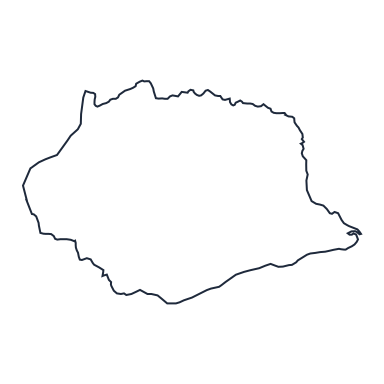 Tawau, Sabah, Malaysia
{"feature_id": "92858781B49280129644496", "entity_name": "Tawau", "entity_type": "district", "adm_level": 2, "iso_a3": "MYS", "parent_name": "Malaysia", "parent_adm1": "Sabah", "projection": "orthographic", "projection_center": [118.041, 4.434], "detail": "fine", "context": "isolated", "style": "outline", "palette": "slate", "viewbox_px": 384, "rotation_deg": 0, "n_neighbors": 0, "source": "geoboundaries", "source_scale": "gbopen_adm2", "svg_char_len": 3070}
<svg xmlns="http://www.w3.org/2000/svg" viewBox="0 0 384 384"><path d="M26.7,199.9L26.4,199.9L31.9,214.0L33.7,214.3L36.2,216.4L38.6,222.9L38.9,225.6L40.4,232.9L43.4,233.7L45.9,233.9L48.9,233.9L51.2,234.1L53.8,236.1L55.1,238.8L57.3,239.6L60.4,239.2L63.9,239.2L66.7,239.2L70.8,239.8L74.3,241.2L75.1,240.7L75.7,242.9L75.7,245.3L75.9,247.6L76.8,250.4L78.0,252.7L78.8,256.8L79.8,259.6L81.9,260.0L86.8,258.2L90.7,259.4L92.7,262.9L94.1,264.7L99.1,267.4L103.4,270.1L103.2,272.1L102.5,276.0L104.0,275.4L106.8,274.6L108.9,279.9L111.1,282.1L110.9,284.4L111.3,285.8L113.8,290.7L116.9,293.4L120.9,294.0L124.0,293.4L126.3,295.0L131.4,294.0L136.3,291.7L140.0,289.9L147.5,294.0L151.4,294.0L157.6,295.4L161.4,298.5L167.2,303.4L172.7,303.4L176.0,303.4L179.6,302.3L183.9,300.3L188.6,298.7L191.9,297.6L206.8,290.1L210.9,288.6L219.1,286.8L221.4,285.2L225.4,282.1L235.9,274.7L244.0,271.9L250.4,270.2L259.2,268.2L265.3,265.7L270.6,263.9L275.1,265.6L278.4,266.8L282.9,266.6L289.0,265.1L291.9,264.9L296.2,262.3L297.8,260.4L307.0,254.7L310.3,253.5L315.4,252.9L320.1,252.1L325.2,251.7L329.3,250.8L333.6,249.8L339.0,248.8L340.8,249.2L344.1,249.6L345.7,249.6L348.2,248.0L351.8,246.3L354.5,244.5L356.7,241.9L358.0,239.4L356.1,234.5L353.5,233.5L351.8,234.7L349.6,234.7L347.8,233.3L351.4,231.4L355.1,231.2L356.9,232.0L359.6,234.3L361.0,233.9L359.4,231.6L357.4,229.4L354.1,228.1L349.0,226.1L347.1,225.1L343.9,223.2L341.6,220.0L338.1,213.2L334.5,212.0L332.0,213.8L329.8,213.2L326.9,209.1L323.4,205.6L320.1,204.6L316.1,203.8L311.6,201.1L306.9,190.1L306.4,180.5L307.7,174.5L306.3,170.7L306.2,164.3L306.3,160.2L304.9,158.6L302.8,156.3L301.8,153.3L302.4,150.8L303.6,148.8L302.6,145.1L300.9,143.7L302.4,143.0L304.0,141.8L301.8,139.1L302.8,137.5L302.4,134.0L299.9,130.2L298.5,127.5L296.9,125.8L294.6,122.4L294.4,120.9L294.2,118.3L292.3,116.8L290.7,116.6L288.5,116.4L285.6,115.0L286.0,114.8L284.6,113.0L282.9,113.0L279.9,113.2L276.4,113.2L273.7,112.8L271.5,111.5L270.5,108.7L268.0,107.8L266.2,106.4L263.5,104.2L261.0,106.2L257.8,106.6L255.1,105.8L252.7,104.0L250.0,103.5L246.9,103.5L243.0,103.1L242.0,101.7L240.2,100.5L237.9,101.7L235.7,102.7L234.7,104.8L233.2,105.4L231.4,104.4L230.0,102.1L229.7,98.6L225.0,99.9L222.6,99.4L220.3,96.0L218.1,96.0L215.0,95.4L213.4,94.1L210.1,91.5L207.9,90.0L205.6,90.7L203.4,93.5L201.1,95.4L199.1,95.8L196.8,94.9L195.0,93.5L193.7,91.9L193.3,90.4L190.5,89.8L188.4,91.3L187.6,92.7L184.7,92.3L181.7,91.9L179.6,94.5L178.0,96.4L175.9,96.0L172.5,95.4L170.0,96.4L167.6,98.8L164.9,98.8L162.2,98.4L158.6,98.6L155.9,98.2L154.9,95.0L153.8,91.5L153.2,88.4L150.8,83.3L149.1,81.2L146.5,81.2L144.2,81.4L142.4,80.6L139.7,81.7L136.2,83.7L135.6,86.2L133.0,87.8L130.3,89.0L125.0,90.7L121.9,92.9L119.3,94.7L118.0,97.4L115.8,98.8L112.9,98.8L110.3,99.7L108.8,101.7L106.2,103.1L102.7,104.0L99.8,105.6L97.4,106.6L95.7,105.8L94.5,104.2L94.5,101.9L94.7,99.3L95.3,96.8L95.1,94.1L93.3,92.9L90.6,92.7L85.5,91.0L83.3,97.5L81.1,114.0L80.8,123.8L77.8,129.3L70.7,135.7L67.4,140.6L57.0,155.0L50.3,157.4L45.4,159.3L38.9,162.3L30.4,168.4L23.0,185.6L26.7,199.9Z" fill="none" stroke="#1e293b" stroke-width="2"/></svg>